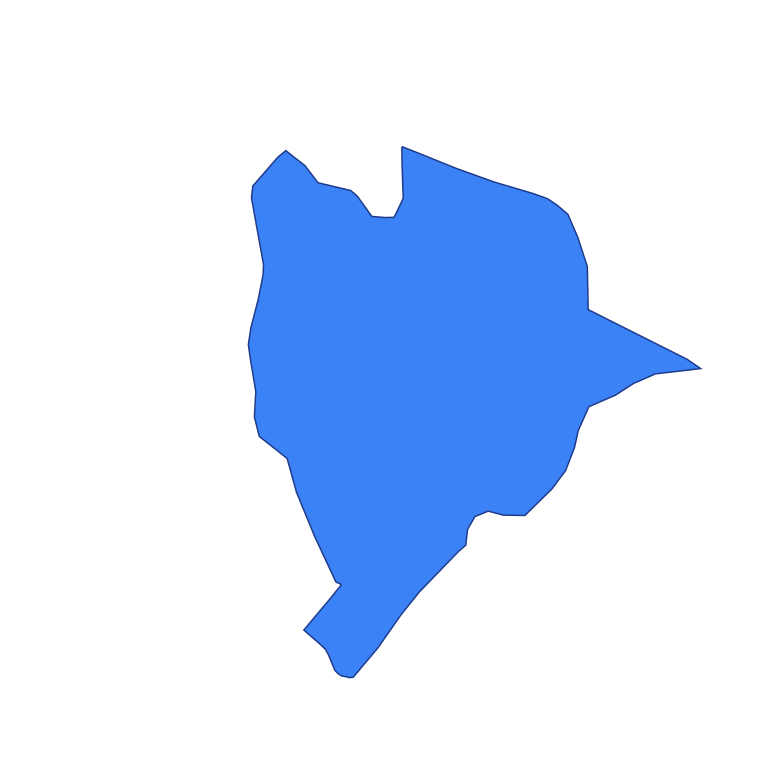 the district of Shia'ria, Eastern Darfur, Sudan, rotated 221°
{"feature_id": "16777658B58097455185888", "entity_name": "Shia'ria", "entity_type": "district", "adm_level": 2, "iso_a3": "SDN", "parent_name": "Sudan", "parent_adm1": "Eastern Darfur", "projection": "orthographic", "projection_center": [25.77, 12.585], "detail": "fine", "context": "isolated", "style": "filled", "palette": "blue", "viewbox_px": 768, "rotation_deg": 221, "n_neighbors": 0, "source": "geoboundaries", "source_scale": "gbopen_adm2", "svg_char_len": 4947}
<svg xmlns="http://www.w3.org/2000/svg" viewBox="0 0 768 768"><g transform="rotate(221 384 384)"><path d="M606.1,437.5L606.0,437.4L605.8,437.2L605.3,436.9L605.0,436.6L604.8,436.4L604.4,436.1L604.1,435.9L603.9,435.8L603.6,435.5L603.3,435.3L602.7,434.7L602.0,434.2L601.8,434.1L601.7,434.0L601.1,433.5L599.7,432.4L599.2,432.0L597.1,430.3L596.7,429.9L595.0,428.6L594.1,427.8L592.4,426.5L591.8,426.1L591.4,425.7L586.4,421.7L585.9,421.2L582.2,418.3L578.6,415.4L578.1,415.0L575.7,413.1L575.3,412.8L571.6,409.8L569.7,408.3L569.4,408.0L567.6,406.6L567.2,406.2L566.3,405.6L564.5,404.1L562.6,402.6L562.2,402.3L561.7,401.9L560.5,400.9L559.9,400.4L559.0,399.7L558.6,399.4L558.3,399.1L558.1,399.0L557.4,398.4L557.0,398.1L556.9,398.0L556.8,397.9L556.4,397.6L556.1,397.4L555.8,397.1L555.4,396.8L555.3,396.7L555.1,396.6L554.1,395.8L553.8,395.5L553.5,395.2L553.3,395.1L553.2,395.0L553.0,394.8L546.9,387.1L534.2,365.0L533.9,364.3L521.3,339.0L512.1,324.6L500.2,314.3L487.9,304.2L475.5,293.9L471.6,288.8L467.4,283.4L466.9,282.8L463.9,278.8L460.2,274.1L443.7,262.6L442.9,262.6L442.3,262.7L441.3,262.7L440.4,262.8L440.0,262.8L439.0,262.8L438.0,262.9L435.9,263.0L435.2,263.0L434.7,263.0L431.2,263.2L426.7,263.4L425.9,263.4L425.7,263.5L424.1,263.5L423.6,263.6L417.8,263.8L416.7,263.9L413.5,264.0L408.3,264.3L406.5,263.1L398.2,257.6L398.0,257.4L397.9,257.4L393.9,254.7L390.0,252.1L386.3,249.7L380.5,245.9L379.7,245.3L378.9,244.8L371.9,241.3L369.9,240.3L368.3,239.5L366.8,238.7L366.6,238.6L358.9,234.8L356.2,233.4L349.6,230.1L347.5,229.1L346.6,228.6L342.0,226.3L341.6,226.1L341.4,226.0L340.6,225.6L339.3,224.9L338.7,224.6L338.1,224.3L337.0,223.8L336.3,223.4L336.0,223.3L335.8,223.2L335.6,223.1L334.5,222.6L334.2,222.5L333.6,222.2L333.2,222.1L332.8,221.9L331.5,221.3L331.2,221.2L330.6,220.9L329.9,220.6L329.6,220.5L329.5,220.4L327.2,219.4L326.1,218.9L324.9,218.4L321.0,216.6L319.5,215.9L317.6,215.1L315.8,214.3L315.0,214.0L314.3,213.6L311.9,212.6L310.7,212.0L310.2,211.8L309.0,211.3L307.8,210.8L306.2,210.1L305.9,209.9L305.3,209.7L304.0,209.1L302.9,208.6L302.5,208.4L301.4,207.9L301.2,207.9L301.0,207.7L300.5,207.5L299.4,207.0L299.0,206.9L298.6,206.7L298.0,206.4L297.7,206.3L297.6,206.2L297.4,206.2L297.1,206.0L296.8,205.9L296.7,205.8L296.2,205.6L295.4,205.3L295.1,205.1L294.7,204.9L294.3,204.7L294.1,204.6L293.9,204.5L293.6,204.4L293.2,204.2L292.8,204.1L292.7,204.0L292.4,203.9L292.1,203.7L291.5,203.5L291.3,203.4L291.2,203.3L291.0,203.2L290.7,203.1L289.9,203.2L289.6,203.2L289.4,203.3L289.2,203.4L288.1,203.7L287.9,203.7L285.0,204.6L284.3,204.1L284.3,203.7L284.3,201.9L284.3,196.7L284.0,193.4L283.9,191.1L283.6,173.4L283.1,145.7L282.9,145.7L282.5,145.7L282.0,145.7L281.1,145.7L279.7,145.7L279.0,145.7L275.7,145.7L269.8,145.7L268.5,145.7L263.2,145.7L261.4,145.7L256.0,145.4L254.9,145.4L254.2,145.4L248.3,143.2L247.7,142.9L244.5,141.3L239.7,138.9L237.3,137.7L234.9,136.5L234.3,136.2L233.7,135.9L233.1,135.6L228.0,135.3L226.2,135.6L224.5,135.9L223.5,136.4L222.9,136.8L220.3,138.3L217.3,139.8L216.1,141.2L214.9,142.6L214.9,143.3L214.9,145.2L214.9,146.2L215.0,152.6L215.1,153.3L215.1,156.9L215.2,159.7L215.2,164.6L215.5,181.1L215.9,185.0L216.6,191.3L217.0,194.8L217.4,199.0L219.6,219.6L219.8,222.8L220.9,249.9L217.9,306.4L216.5,316.1L218.4,318.7L225.5,329.0L228.1,342.0L228.4,343.6L221.9,356.5L221.2,356.8L208.1,363.2L191.4,377.2L190.1,393.9L188.4,415.1L189.6,430.3L190.1,437.7L198.5,460.9L200.9,465.4L206.5,475.6L206.8,476.2L211.2,490.6L214.5,501.3L202.0,527.5L198.4,539.9L196.0,548.3L193.0,554.5L185.8,569.7L155.1,603.4L171.3,601.5L258.6,579.2L278.7,574.1L307.7,606.1L333.9,621.8L356.5,632.7L370.1,632.6L381.8,631.2L395.9,625.8L434.1,608.4L471.5,593.9L506.2,582.0L525.7,575.1L525.5,574.0L523.6,571.9L522.6,570.8L515.3,562.6L515.2,562.4L509.8,556.6L502.3,548.6L498.7,544.6L496.3,542.1L491.3,536.7L490.3,533.0L489.8,531.5L489.5,530.4L486.7,520.2L486.4,519.3L485.8,516.3L486.0,516.2L486.5,515.7L486.9,515.3L487.1,515.2L487.3,515.0L487.7,514.6L490.7,511.9L490.9,511.7L491.6,511.1L492.3,510.5L492.8,510.0L493.0,509.8L494.4,508.8L494.5,508.8L494.9,508.5L495.1,508.4L495.4,508.2L496.2,507.6L496.6,507.3L496.7,507.2L497.1,506.9L497.6,506.5L497.9,506.3L498.3,506.0L499.0,505.5L499.2,505.4L499.4,505.2L499.6,505.1L499.9,504.9L500.1,504.7L500.5,504.4L500.9,504.1L501.3,503.8L502.2,503.2L502.4,503.0L502.6,502.9L502.9,502.7L503.6,502.6L504.8,502.9L505.1,503.0L506.1,503.2L508.8,503.8L509.3,504.0L513.4,505.0L514.0,505.1L515.0,505.4L519.1,506.3L519.4,506.4L519.7,506.5L522.9,507.2L526.9,508.2L529.1,508.3L529.7,508.3L531.5,508.3L533.8,508.2L536.1,508.2L537.0,507.7L548.7,501.6L550.3,500.7L557.7,496.9L558.7,496.3L562.4,494.4L565.8,492.6L567.2,492.9L574.6,494.4L584.4,496.4L586.4,496.8L587.0,497.0L589.4,496.8L590.4,496.8L593.5,496.6L605.2,496.0L611.2,495.7L612.9,485.8L612.9,485.5L612.9,483.2L612.9,481.9L612.9,481.6L612.9,479.2L612.9,474.8L612.9,473.7L612.9,465.7L612.9,455.3L612.9,449.3L612.9,447.4L606.8,438.5L606.1,437.5Z" fill="#3b82f6" stroke="#1e3a8a" stroke-width="1.5"/></g></svg>